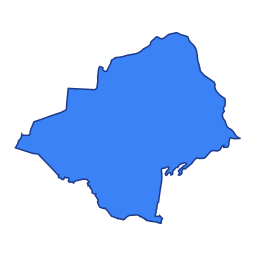 Ramna, Caras-Severin, Romania
{"feature_id": "2599482B15960202705126", "entity_name": "Ramna", "entity_type": "district", "adm_level": 2, "iso_a3": "ROU", "parent_name": "Romania", "parent_adm1": "Caras-Severin", "projection": "robinson", "projection_center": [21.717, 45.465], "detail": "fine", "context": "isolated", "style": "filled", "palette": "blue", "viewbox_px": 256, "rotation_deg": 0, "n_neighbors": 0, "source": "geoboundaries", "source_scale": "gbopen_adm2", "svg_char_len": 5530}
<svg xmlns="http://www.w3.org/2000/svg" viewBox="0 0 256 256"><path d="M240.6,138.4L238.8,137.9L236.8,136.6L236.0,135.6L235.2,134.6L234.5,133.5L233.9,132.4L232.0,130.3L230.9,129.3L228.4,128.0L227.0,126.5L226.4,125.1L225.9,123.7L225.4,122.3L225.0,120.9L224.1,119.8L223.8,119.2L223.4,118.7L223.1,118.1L222.9,117.5L222.6,116.8L222.4,116.2L222.5,114.0L222.7,113.6L223.0,112.9L223.4,112.4L223.8,111.8L224.3,111.3L223.6,109.6L223.5,107.9L225.0,105.5L225.1,104.2L225.2,102.9L225.2,101.6L225.2,100.3L225.2,99.8L224.9,98.7L219.5,94.8L216.5,91.4L215.2,88.9L214.7,86.4L214.9,85.9L215.0,85.4L215.1,84.9L215.0,84.4L214.3,82.3L204.3,75.4L200.3,71.1L200.1,69.8L199.9,68.5L199.6,67.2L199.3,65.9L199.0,64.6L198.6,63.3L198.2,62.1L197.8,60.8L197.5,58.2L197.3,55.7L196.9,53.2L196.5,50.7L194.9,46.9L193.8,45.7L192.7,44.4L191.5,43.3L190.3,42.2L188.9,40.1L187.8,36.8L184.3,35.5L182.8,35.2L182.1,35.0L181.4,34.8L180.5,34.5L179.6,34.1L178.8,33.6L177.9,33.1L177.6,33.0L177.3,32.9L176.9,32.8L176.5,32.7L176.1,32.7L175.9,32.7L175.1,33.0L171.1,33.8L168.6,34.5L163.7,38.3L161.9,38.7L160.4,38.7L157.8,37.0L156.6,36.8L155.4,37.7L154.5,38.6L153.6,39.4L152.7,40.2L151.8,41.0L150.6,42.6L150.6,43.2L150.5,43.8L150.3,44.4L150.0,44.9L148.0,46.5L143.0,49.2L141.5,50.9L138.9,52.4L136.7,53.5L134.5,54.0L132.2,54.4L129.9,54.8L127.7,55.1L126.1,55.6L124.5,56.1L123.0,56.5L121.3,56.9L119.7,57.2L115.6,57.6L115.4,57.7L114.9,57.9L114.5,58.3L114.0,58.7L113.5,59.1L113.1,59.4L112.6,59.7L112.1,59.9L111.5,60.1L110.6,63.6L109.8,65.1L106.6,71.4L104.7,71.2L102.7,70.0L102.9,67.7L100.5,66.7L99.7,66.6L98.7,68.7L98.0,74.1L97.6,78.1L97.9,79.6L97.3,85.2L96.8,88.0L95.1,89.7L68.2,88.4L67.7,93.6L67.2,98.7L66.7,103.8L66.4,109.0L66.0,110.0L61.1,112.4L56.0,114.1L51.0,115.8L46.0,117.6L41.0,119.5L36.8,120.8L34.0,121.8L31.0,129.0L30.1,131.9L29.9,134.6L27.7,135.4L23.9,135.3L21.9,134.6L21.8,134.4L21.6,136.0L21.0,138.1L19.5,139.9L18.5,140.9L17.7,144.0L16.9,145.2L15.4,147.8L32.4,153.3L38.0,154.0L50.0,166.4L54.1,170.7L58.0,175.0L58.1,175.3L58.7,175.0L58.5,177.6L60.3,177.9L61.7,179.2L62.5,179.6L63.5,179.4L64.0,178.9L64.3,178.3L64.2,177.9L64.8,177.1L65.5,177.3L66.0,177.6L66.5,177.9L68.0,177.8L68.3,177.6L68.9,178.1L69.0,179.0L68.9,180.1L68.2,180.9L68.9,181.8L69.5,182.2L71.4,182.1L72.2,181.8L73.0,182.4L73.3,183.0L73.6,183.1L73.8,182.4L75.0,181.4L76.0,180.6L77.7,180.6L78.9,180.0L80.2,179.9L81.2,179.5L82.6,179.4L83.1,179.2L83.6,179.1L84.7,179.4L86.0,179.1L86.8,179.4L87.5,180.3L89.0,181.5L89.0,182.4L88.3,182.6L87.5,183.0L87.4,183.8L88.0,184.3L88.1,185.1L88.0,185.8L89.1,185.7L89.8,185.9L90.0,186.2L89.6,186.8L90.8,188.5L91.8,190.0L91.9,190.6L92.2,191.5L92.1,192.8L93.8,193.7L95.5,194.1L95.8,194.1L95.6,194.5L95.2,195.5L95.9,196.3L96.7,197.7L97.7,199.1L98.2,200.4L97.5,201.7L97.8,203.0L98.4,204.5L98.8,205.3L99.5,206.7L100.1,207.3L101.6,207.8L102.1,208.0L102.9,208.2L103.9,208.5L103.9,208.2L104.3,208.0L104.5,208.0L105.1,208.3L105.4,208.6L105.8,209.0L106.9,210.0L107.1,210.3L107.8,211.0L109.0,212.8L111.6,216.3L111.8,216.3L112.2,216.5L112.9,216.6L114.5,217.3L115.8,217.7L116.0,217.8L116.3,217.9L116.6,218.0L116.9,217.9L117.0,217.9L117.1,218.0L117.3,218.5L117.5,218.5L117.6,218.4L117.9,218.4L118.1,218.5L118.3,218.6L118.3,218.4L118.5,218.3L118.8,218.4L118.9,218.5L119.4,218.6L119.6,218.6L119.8,218.7L119.8,218.8L123.4,219.8L123.6,219.6L123.9,219.4L124.3,219.3L124.5,219.2L125.1,218.7L125.3,218.4L125.5,218.1L125.8,217.7L126.6,217.1L127.3,216.6L127.8,216.3L128.2,216.0L128.4,215.9L129.0,215.6L129.7,215.4L129.9,215.3L130.5,215.4L137.1,214.9L137.6,215.1L138.1,215.1L138.5,215.3L138.7,215.5L139.4,215.9L139.6,216.1L139.8,216.5L140.0,216.7L140.3,216.4L140.6,216.3L141.1,216.7L141.4,216.9L141.5,216.9L141.8,216.9L142.0,217.0L142.3,217.5L142.5,217.7L142.9,218.0L143.1,218.1L143.5,218.2L144.1,218.2L144.5,218.3L144.7,218.8L144.9,218.8L145.0,218.9L145.0,219.2L145.0,219.3L145.3,219.4L145.5,219.3L145.9,219.5L146.4,219.8L146.4,220.3L146.6,220.5L146.9,220.7L147.1,220.5L147.4,220.4L147.5,220.5L147.9,220.6L148.0,220.7L148.6,220.6L149.4,220.6L149.6,220.7L149.7,220.8L149.7,221.0L149.8,221.1L150.0,221.2L150.6,221.3L155.3,221.8L159.6,223.1L160.1,223.2L160.3,223.3L160.6,223.2L161.2,223.0L161.3,222.9L161.3,222.7L161.3,222.1L161.2,221.5L161.2,221.0L161.4,220.4L161.5,220.2L162.0,219.5L162.5,218.5L162.2,218.3L161.5,217.6L160.2,216.2L159.6,215.6L159.4,216.4L155.2,216.2L155.3,215.4L155.5,214.1L155.6,213.8L156.0,212.5L156.1,212.3L156.1,211.9L156.1,210.4L156.2,210.1L156.3,209.8L156.8,208.6L157.0,205.9L157.1,205.6L157.2,205.0L157.2,204.8L157.3,204.3L157.5,203.5L157.5,203.1L158.5,202.1L160.0,191.3L161.7,180.6L161.8,175.2L161.5,171.5L161.4,169.5L161.7,168.6L164.7,168.1L167.8,166.8L168.8,167.0L169.0,167.9L168.0,169.8L167.0,170.6L165.5,173.1L165.4,174.4L165.8,175.2L166.6,175.4L167.9,173.4L169.0,172.8L170.4,172.8L171.1,175.0L172.5,174.4L172.7,173.5L172.7,171.4L176.0,167.6L177.3,167.5L178.1,167.0L179.5,164.7L182.8,163.2L183.9,163.1L185.0,162.8L186.1,163.2L186.5,163.9L185.1,165.5L183.4,166.1L181.8,167.8L179.9,169.1L178.4,170.8L179.6,173.0L179.0,174.4L178.5,174.9L179.6,175.3L181.0,174.4L182.0,173.2L181.9,172.0L181.9,171.3L182.0,170.5L183.3,168.8L184.0,168.5L184.3,168.8L184.7,169.0L185.2,168.9L187.9,166.7L191.7,163.5L194.4,159.9L196.7,157.9L199.5,158.5L203.6,158.3L205.7,157.2L208.3,154.0L211.2,151.0L214.3,150.5L215.8,150.9L217.4,151.0L218.9,150.4L220.2,149.6L221.8,146.5L222.9,145.6L223.8,145.3L223.7,147.3L226.4,147.3L227.8,147.0L228.9,144.5L228.9,142.3L229.2,140.9L229.6,139.2L230.1,137.9L231.7,138.1L234.6,138.7L236.2,138.7L240.6,138.4Z" fill="#3b82f6" stroke="#1e3a8a" stroke-width="1.5"/></svg>